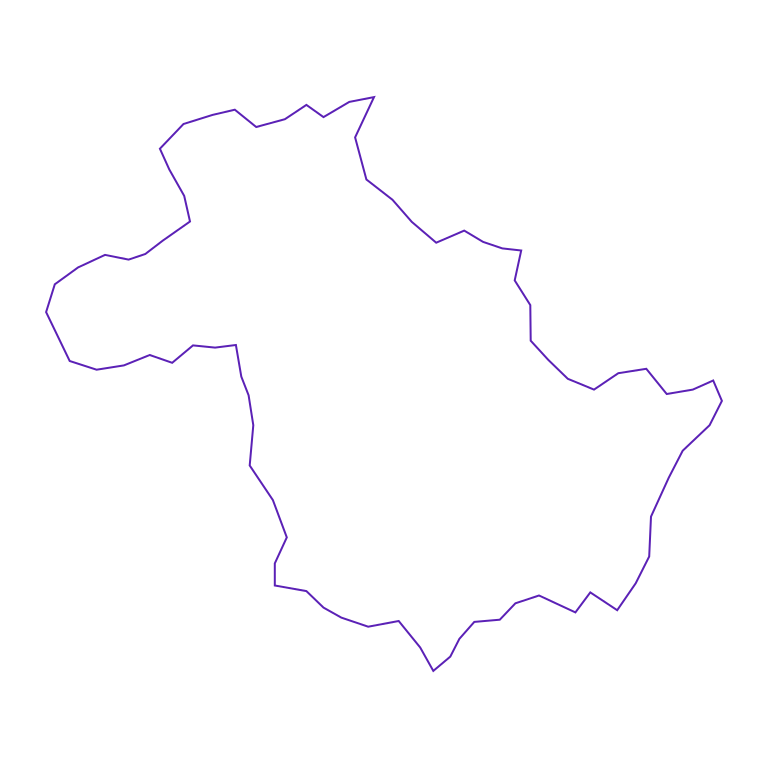 outline of Lindóia, São Paulo, Brazil
{"feature_id": "56859067B84014914436539", "entity_name": "Lindóia", "entity_type": "district", "adm_level": 2, "iso_a3": "BRA", "parent_name": "Brazil", "parent_adm1": "São Paulo", "projection": "natural_earth1", "projection_center": [-46.656, -22.513], "detail": "fine", "context": "isolated", "style": "outline", "palette": "violet", "viewbox_px": 768, "rotation_deg": 0, "n_neighbors": 0, "source": "geoboundaries", "source_scale": "gbopen_adm2", "svg_char_len": 1080}
<svg xmlns="http://www.w3.org/2000/svg" viewBox="0 0 768 768"><path d="M374.0,97.1L349.3,101.9L323.5,117.1L306.4,104.9L284.9,119.2L256.2,127.0L234.8,109.7L212.6,114.9L183.5,124.0L159.9,148.7L169.3,169.5L184.2,195.9L190.0,221.5L162.8,240.6L145.3,254.0L128.6,259.6L105.0,254.9L78.1,267.4L54.8,284.3L46.1,312.1L69.7,361.0L96.6,369.7L123.9,365.4L149.7,355.0L172.2,362.8L193.0,345.4L215.1,347.6L235.9,345.0L241.3,376.6L248.6,395.3L253.3,425.2L249.7,465.5L272.9,500.1L286.8,537.4L274.8,563.4L274.8,585.5L306.4,591.1L323.5,607.6L341.3,617.6L368.2,626.7L398.7,621.0L420.2,647.5L433.3,670.9L450.3,656.6L459.4,638.8L474.3,621.9L499.8,619.7L515.4,603.3L539.0,595.5L575.4,612.4L590.3,592.4L617.2,610.2L635.7,583.3L649.2,556.5L651.0,516.6L668.8,477.6L682.7,450.7L709.6,425.2L721.9,400.9L713.2,380.5L692.8,389.6L666.7,394.0L646.3,368.8L618.3,373.2L594.0,389.6L567.8,378.8L548.1,359.7L530.7,340.7L530.3,305.1L514.7,280.4L521.2,250.5L502.3,248.4L483.1,241.9L464.2,230.6L436.2,242.7L411.8,221.9L392.5,199.8L366.4,179.5L355.1,137.4L374.0,97.1Z" fill="none" stroke="#5b21b6" stroke-width="2"/></svg>